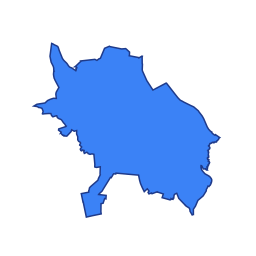 Hamilton City, Waikato, New Zealand, rotated 349°
{"feature_id": "76426892B9049934298416", "entity_name": "Hamilton City", "entity_type": "district", "adm_level": 2, "iso_a3": "NZL", "parent_name": "New Zealand", "parent_adm1": "Waikato", "projection": "robinson", "projection_center": [175.284, -37.773], "detail": "fine", "context": "isolated", "style": "filled", "palette": "blue", "viewbox_px": 256, "rotation_deg": 349, "n_neighbors": 0, "source": "geoboundaries", "source_scale": "gbopen_adm2", "svg_char_len": 5579}
<svg xmlns="http://www.w3.org/2000/svg" viewBox="0 0 256 256"><g transform="rotate(349 128 128)"><path d="M69.7,192.2L69.9,192.2L70.1,207.5L76.4,207.3L85.3,207.2L85.4,205.1L87.1,197.1L89.2,197.1L91.6,192.8L92.8,193.4L93.7,190.0L86.5,187.7L87.1,187.1L90.2,185.2L90.8,184.7L91.7,183.6L101.4,173.1L102.0,173.6L104.0,171.5L104.0,171.4L104.4,170.9L104.6,170.7L105.2,170.2L107.2,170.8L107.6,170.0L129.4,176.3L129.4,180.3L129.4,181.5L129.5,182.6L129.7,185.0L130.0,186.4L130.6,189.1L131.8,193.6L135.3,191.4L136.6,193.9L135.4,195.0L136.0,196.7L138.7,196.3L139.0,197.1L144.4,196.2L144.5,196.6L144.9,196.6L150.1,199.5L148.2,202.9L155.6,206.6L156.4,206.4L156.8,205.5L157.6,206.3L158.5,206.6L158.7,206.0L158.7,205.8L159.0,205.9L159.3,205.3L159.6,205.4L160.3,203.0L160.9,202.1L162.3,201.6L163.4,201.4L164.4,206.7L164.4,206.8L164.6,207.1L168.2,212.7L168.6,213.3L169.4,214.7L169.5,214.6L170.3,215.9L172.5,217.9L173.0,218.7L173.1,219.6L173.1,221.3L173.0,221.6L174.4,225.6L175.3,225.3L175.7,225.4L176.7,220.2L179.3,217.6L182.8,212.4L188.8,209.0L192.8,204.7L193.2,203.2L194.5,201.8L195.4,200.3L196.3,200.8L196.4,200.6L197.5,200.0L198.0,199.6L198.2,199.3L198.7,198.6L199.3,197.7L199.5,197.3L199.4,197.2L199.6,197.1L199.9,196.5L200.3,195.1L200.3,194.4L200.1,193.6L199.7,192.7L199.4,192.1L198.8,191.1L198.4,190.8L198.4,190.7L197.3,189.7L195.6,188.3L195.0,187.8L194.6,187.3L193.3,185.1L192.6,183.7L192.3,183.0L192.2,182.3L192.1,180.8L192.2,180.2L192.3,179.6L192.5,178.8L192.8,178.9L193.0,179.0L193.4,179.8L193.5,180.3L193.5,180.8L193.6,181.1L193.9,181.6L194.2,182.5L194.5,182.7L195.1,182.8L195.7,182.7L196.2,182.7L196.4,182.9L196.4,183.4L196.7,183.9L197.2,184.3L197.6,184.4L197.8,184.4L197.6,184.1L197.8,183.7L197.7,183.3L197.9,183.2L198.2,183.1L198.3,182.8L198.2,182.4L198.4,182.2L198.2,182.0L198.1,181.8L198.6,181.6L198.6,181.3L198.4,181.2L198.3,180.9L198.7,180.7L199.3,180.6L199.5,180.5L199.5,180.3L199.4,180.2L199.5,179.8L199.9,179.7L199.8,179.3L199.8,179.1L200.0,179.0L200.8,178.7L201.0,178.5L201.1,178.3L201.0,177.9L201.2,177.5L201.3,177.3L201.5,177.2L201.3,176.9L201.3,176.6L201.2,176.5L200.8,176.1L200.4,175.8L200.5,175.7L201.0,175.5L201.0,175.2L201.2,174.9L201.3,174.6L200.8,174.5L200.5,174.1L200.2,174.0L200.2,173.8L200.5,173.3L200.5,173.2L200.2,173.0L200.1,172.8L200.4,172.3L200.5,172.2L200.8,172.3L201.4,172.3L201.6,172.2L201.8,171.6L201.7,171.3L201.6,171.1L201.8,170.9L201.9,170.7L201.6,170.3L201.6,169.9L201.8,169.5L201.8,169.2L202.0,168.9L202.1,168.4L202.2,168.1L202.3,167.8L202.5,167.5L202.6,167.3L202.6,167.1L202.3,167.0L202.1,166.8L202.2,166.4L202.4,166.1L202.4,165.5L202.5,165.3L202.3,165.1L202.6,165.0L203.2,164.8L203.3,164.7L203.4,164.4L203.6,164.3L203.7,164.1L204.1,164.0L204.2,163.8L204.3,163.8L204.6,163.0L204.5,162.3L204.2,162.0L204.1,161.4L203.6,161.1L203.6,160.8L203.7,160.7L204.3,160.7L204.5,160.6L204.6,160.1L205.0,159.8L205.2,159.5L205.3,159.0L205.6,158.8L205.9,158.8L206.4,158.9L206.6,158.9L206.9,158.7L207.3,158.7L207.6,158.3L207.9,158.2L208.2,158.3L208.8,158.6L208.7,158.3L208.8,158.2L209.2,158.3L209.7,158.6L209.9,158.6L210.2,158.3L210.4,158.3L210.8,158.5L211.2,158.4L211.7,158.6L212.1,158.6L212.4,158.4L212.4,158.0L212.6,157.7L212.9,157.5L213.4,157.4L213.9,157.0L214.4,156.7L214.7,156.3L215.0,156.1L215.1,155.8L215.3,155.7L215.4,155.3L215.5,155.1L216.2,154.9L212.6,151.2L212.0,151.7L211.4,151.2L210.0,149.6L209.2,148.3L209.5,148.0L208.2,146.7L206.8,144.4L206.3,142.9L206.0,142.2L204.1,133.4L203.1,130.4L201.8,127.8L200.6,125.4L200.4,124.7L200.1,124.3L196.7,120.0L196.1,119.5L194.0,118.0L187.7,113.2L186.1,111.8L185.2,111.2L184.4,110.4L182.6,107.6L174.3,91.3L173.9,91.2L159.7,95.5L155.5,85.1L153.1,74.9L153.1,73.5L154.4,68.0L154.2,67.7L155.4,61.1L155.8,60.3L155.4,60.1L152.0,61.3L151.7,60.8L143.0,57.3L143.4,56.4L144.0,53.8L141.4,50.2L140.8,49.6L136.9,49.2L125.9,44.7L125.7,44.5L125.4,44.2L120.2,45.3L114.2,54.3L112.8,54.5L110.4,55.7L108.6,54.3L95.0,53.2L95.1,53.3L93.5,54.1L88.5,57.3L87.6,57.7L88.5,57.9L88.8,58.1L89.3,58.7L89.2,58.9L89.2,59.2L88.9,59.2L88.7,59.1L88.7,59.5L88.2,59.9L88.3,60.1L88.3,60.4L88.4,60.6L88.3,60.8L88.0,61.4L87.7,61.8L87.1,61.1L85.8,60.0L84.8,58.8L84.1,58.2L82.5,57.2L82.0,56.6L81.3,55.3L80.7,53.7L80.0,52.4L77.9,49.4L77.1,47.7L76.8,46.8L76.6,45.7L76.3,44.1L76.0,42.6L75.3,38.9L74.9,35.6L74.7,34.9L74.5,34.5L73.6,33.7L71.6,32.3L70.2,31.0L69.2,30.4L65.1,42.7L65.1,48.6L66.3,52.9L66.5,54.3L66.4,55.7L66.1,57.2L66.4,58.1L65.9,58.3L65.1,61.0L65.0,62.6L65.0,64.9L65.6,67.5L67.9,75.0L64.4,79.1L63.9,80.2L63.6,81.2L63.3,85.3L60.6,84.6L59.6,84.7L57.1,85.0L54.7,85.6L54.3,85.7L51.6,87.4L51.2,87.6L43.1,87.3L39.8,88.5L43.1,89.7L44.3,90.9L45.5,91.2L47.3,92.3L47.9,95.4L46.7,97.7L47.0,98.0L48.8,98.1L52.8,98.6L55.0,99.1L55.4,101.4L55.8,101.7L56.4,102.7L59.9,102.3L60.4,102.4L60.6,104.1L60.7,104.4L62.1,105.8L62.5,106.0L63.5,106.6L64.3,107.4L65.7,110.6L66.6,111.9L67.4,114.2L67.7,114.4L67.4,114.7L59.8,115.7L59.4,116.9L61.6,119.3L61.1,119.9L61.4,119.8L61.3,120.8L62.4,122.5L62.7,122.4L63.0,122.9L63.9,123.2L63.7,123.6L66.4,124.3L71.4,120.7L72.3,119.0L74.6,120.9L77.1,120.7L76.4,124.1L77.0,127.0L76.4,130.0L77.0,131.7L78.1,132.6L78.6,133.6L78.6,133.8L77.4,135.2L77.3,135.6L77.5,135.7L78.9,137.8L77.1,139.6L77.4,141.1L78.0,141.5L78.4,141.0L79.4,140.9L79.7,141.2L79.7,141.7L80.6,141.8L80.2,142.7L80.1,143.4L80.3,144.6L83.0,143.9L84.0,145.2L84.0,145.6L85.7,146.6L87.8,146.5L88.3,146.8L89.5,147.3L88.5,157.5L88.0,159.5L88.0,160.0L89.6,160.7L93.4,160.8L91.9,167.3L91.7,168.6L91.8,168.7L89.4,171.8L88.7,173.2L88.2,173.7L79.9,178.5L78.7,179.5L78.1,181.2L77.6,181.8L77.2,183.5L69.6,183.5L69.7,192.2Z" fill="#3b82f6" stroke="#1e3a8a" stroke-width="1.5"/></g></svg>